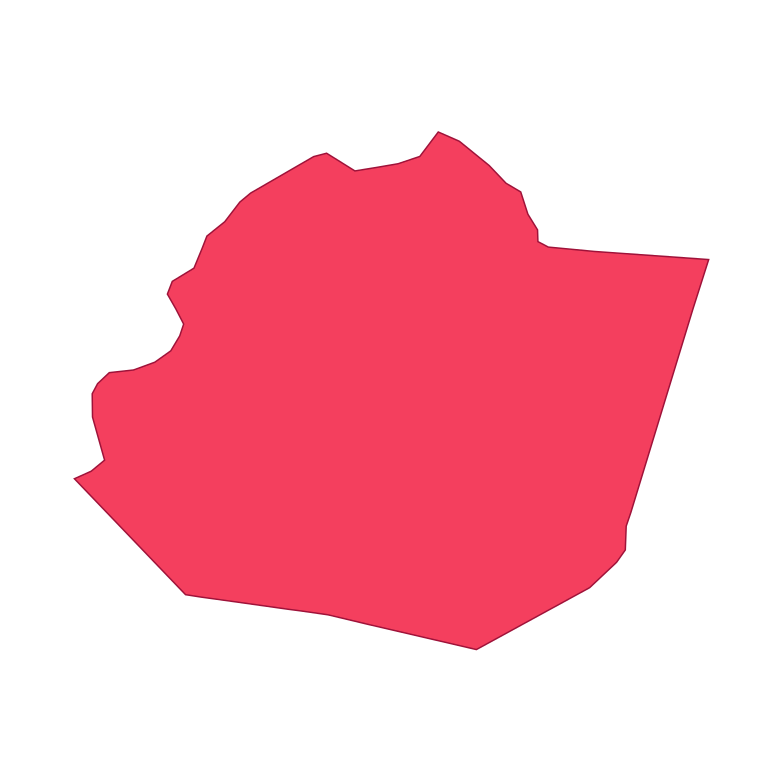 Minador do Negrão, Alagoas, Brazil, rotated 16°
{"feature_id": "56859067B35076407558238", "entity_name": "Minador do Negrão", "entity_type": "district", "adm_level": 2, "iso_a3": "BRA", "parent_name": "Brazil", "parent_adm1": "Alagoas", "projection": "albers", "projection_center": [-36.881, -9.333], "detail": "fine", "context": "isolated", "style": "filled", "palette": "rose", "viewbox_px": 768, "rotation_deg": 16, "n_neighbors": 0, "source": "geoboundaries", "source_scale": "gbopen_adm2", "svg_char_len": 806}
<svg xmlns="http://www.w3.org/2000/svg" viewBox="0 0 768 768"><g transform="rotate(16 384 384)"><path d="M355.7,155.4L336.6,168.5L316.9,178.0L297.3,187.2L265.2,178.0L253.7,184.8L203.2,237.2L195.3,248.8L186.2,271.9L173.0,290.6L171.8,303.7L169.4,325.0L152.2,343.7L151.0,357.3L163.2,369.2L174.9,381.6L174.4,394.0L169.9,410.9L157.7,426.2L139.3,439.6L116.8,448.8L108.6,462.6L106.2,473.8L112.9,496.1L136.4,534.2L126.6,548.5L112.5,560.4L251.3,641.2L266.6,639.3L280.5,637.3L354.3,626.9L365.5,625.2L393.8,621.3L436.1,619.4L546.0,613.8L637.8,523.1L656.7,491.3L661.7,477.0L656.0,453.9L656.7,439.4L660.3,226.5L661.8,174.9L549.7,198.6L504.2,207.1L492.7,204.7L489.1,193.5L475.5,181.1L462.5,161.7L446.0,157.4L424.9,145.0L389.5,129.9L366.7,126.8L355.7,155.4Z" fill="#f43f5e" stroke="#9f1239" stroke-width="1.5"/></g></svg>